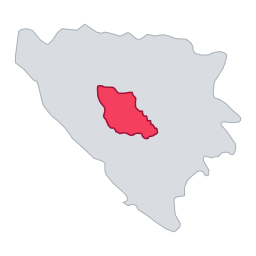 where Central Bosnia sits in Bosnia and Herzegovina
{"feature_id": "BIH-2226", "entity_name": "Central Bosnia", "entity_type": "Canton", "adm_level": 1, "iso_a3": "BIH", "parent_name": "Bosnia and Herzegovina", "parent_adm1": "", "projection": "equal_earth", "projection_center": [17.688, 44.116], "detail": "fine", "context": "in_parent", "style": "filled", "palette": "rose", "viewbox_px": 256, "rotation_deg": 0, "n_neighbors": 0, "source": "natural_earth", "source_scale": "10m", "svg_char_len": 3185}
<svg xmlns="http://www.w3.org/2000/svg" viewBox="0 0 256 256"><path d="M226.2,54.1L226.7,55.8L225.5,61.7L223.1,68.0L219.1,74.6L214.9,80.9L213.9,84.2L213.6,89.5L213.1,93.6L213.7,95.9L215.1,98.0L219.8,99.6L226.1,103.8L231.5,109.3L238.4,115.4L240.6,117.7L240.6,120.2L238.7,122.0L232.8,122.7L226.7,122.2L224.3,121.6L222.1,122.3L220.8,123.7L221.5,125.4L227.9,132.9L235.3,143.7L235.7,148.4L234.9,152.0L233.2,154.6L230.1,154.2L227.8,152.2L224.3,152.3L221.6,152.9L218.1,156.8L216.3,156.6L213.3,157.2L211.3,158.0L208.3,156.8L205.1,156.1L203.7,157.3L203.1,159.6L205.1,163.8L208.9,170.3L208.3,175.3L205.5,175.8L202.9,171.7L200.6,171.0L197.9,171.1L192.0,176.0L187.6,180.0L186.5,182.9L185.0,186.0L184.5,188.2L184.6,195.7L176.7,196.9L175.0,198.0L174.0,200.2L174.7,209.8L175.4,215.0L180.0,223.0L180.2,225.5L179.5,227.2L176.3,230.3L174.8,231.5L173.7,231.8L168.4,229.8L165.9,228.8L155.2,221.7L150.4,217.8L143.0,212.7L138.4,209.8L136.1,205.4L132.4,204.3L128.1,205.7L123.2,202.6L126.7,200.9L127.5,199.3L127.1,197.3L125.6,194.5L112.5,182.5L106.0,174.3L105.0,171.3L104.9,163.5L103.4,161.6L93.8,158.1L83.1,147.9L72.0,138.0L70.5,135.2L64.8,127.7L57.9,120.9L52.4,116.5L47.9,111.5L42.9,104.6L40.4,94.2L38.2,84.9L36.6,81.4L33.5,80.1L23.7,69.1L15.4,62.8L15.5,55.9L17.0,44.5L18.7,31.5L20.7,29.7L24.6,28.8L28.9,29.1L32.7,30.7L40.1,39.6L44.4,43.0L48.0,44.4L52.2,40.6L57.4,32.8L62.0,28.7L77.1,30.2L84.6,24.2L96.6,32.1L101.5,33.3L104.3,32.2L108.1,32.7L116.6,35.0L118.5,35.9L121.1,35.8L127.3,32.7L129.5,33.1L136.6,39.1L140.2,39.2L144.5,36.6L147.3,34.3L155.5,36.0L160.2,35.0L164.1,34.9L168.3,35.9L172.2,37.3L176.0,38.6L186.1,39.2L191.0,43.0L193.0,46.8L193.0,49.0L193.5,51.5L196.3,53.9L202.5,55.2L206.3,54.9L208.4,54.8L213.6,52.6L219.7,51.5L224.1,52.8L226.2,54.1Z" fill="#d9dde1" stroke="#a8b0b8" stroke-width="1"/><path d="M103.6,115.9L104.1,114.0L104.6,112.3L105.0,110.1L104.4,107.2L101.3,103.5L99.9,101.4L98.9,98.9L98.0,96.3L97.7,92.9L97.5,88.3L97.9,86.1L99.4,85.8L102.4,85.9L103.1,86.6L104.7,87.1L108.1,87.3L110.8,87.3L112.9,87.4L114.8,88.6L116.3,91.0L117.4,92.0L118.4,93.2L120.5,93.3L124.2,93.3L129.3,92.4L131.8,92.5L132.0,92.4L132.5,93.6L133.1,95.3L134.2,96.4L135.5,97.8L135.7,99.2L135.4,102.4L135.5,106.4L136.2,108.2L138.2,110.0L139.7,111.3L141.4,111.1L142.4,111.3L142.4,112.4L142.9,114.1L143.3,115.3L144.4,116.0L145.4,116.0L146.0,116.0L146.8,116.7L147.0,118.4L147.5,120.7L148.4,120.7L150.1,120.6L150.6,121.0L150.7,122.2L150.6,122.9L151.2,123.7L151.2,124.5L152.0,124.5L152.4,124.5L152.9,125.0L154.4,127.2L154.9,128.3L155.6,128.3L156.3,128.2L156.8,128.7L157.3,131.1L157.4,132.4L157.1,133.2L156.3,133.9L155.0,134.4L153.2,135.7L151.3,136.3L149.1,136.5L148.4,137.3L148.1,138.2L148.1,138.3L146.4,138.6L144.6,138.2L144.4,138.2L142.7,136.5L142.4,135.8L141.8,134.3L141.6,134.0L141.2,133.5L139.5,133.3L136.6,133.3L134.8,133.8L133.7,134.6L133.3,135.0L131.0,135.3L129.0,134.6L126.7,133.3L124.0,132.7L122.5,133.0L121.3,133.3L119.8,133.5L118.1,132.6L116.9,131.9L115.9,131.7L115.6,130.5L113.9,128.1L112.3,128.0L110.8,127.9L109.8,127.0L108.8,125.9L108.2,125.3L107.9,123.7L107.3,123.1L107.2,122.8L106.5,121.5L106.4,120.5L106.0,119.7L104.9,118.6L103.9,116.9L103.6,115.9Z" fill="#f43f5e" stroke="#9f1239" stroke-width="1.5"/></svg>